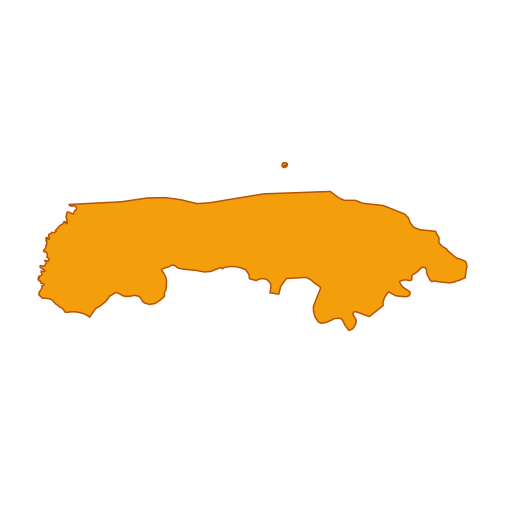 the district of Tartous, Tartus, Syria, rotated 103°
{"feature_id": "27442178B78381061793998", "entity_name": "Tartous", "entity_type": "district", "adm_level": 2, "iso_a3": "SYR", "parent_name": "Syria", "parent_adm1": "Tartus", "projection": "equal_earth", "projection_center": [36.016, 34.849], "detail": "fine", "context": "isolated", "style": "filled", "palette": "amber", "viewbox_px": 512, "rotation_deg": 103, "n_neighbors": 0, "source": "geoboundaries", "source_scale": "gbopen_adm2", "svg_char_len": 5973}
<svg xmlns="http://www.w3.org/2000/svg" viewBox="0 0 512 512"><g transform="rotate(103 256 256)"><path d="M353.0,404.4L343.8,400.7L342.8,399.9L340.2,397.0L334.6,392.5L330.9,390.7L327.6,389.4L326.5,387.8L322.9,384.3L323.7,380.1L324.8,376.3L324.5,373.1L323.4,369.3L321.7,365.7L321.6,360.8L323.4,358.4L325.8,356.3L326.9,354.0L327.1,348.9L325.1,343.8L322.9,341.6L320.5,339.4L316.3,336.3L315.2,336.2L312.0,337.0L309.6,336.2L306.5,336.3L300.3,337.6L296.8,339.2L293.7,341.9L290.8,344.9L289.7,344.4L287.3,340.6L285.9,338.0L284.5,337.2L283.5,334.3L283.7,332.5L284.6,331.0L285.4,328.4L284.8,320.6L283.5,311.3L283.2,302.9L281.1,296.2L279.0,293.4L275.3,288.1L276.0,285.8L274.1,284.1L272.0,278.5L270.9,273.2L270.9,268.2L271.7,263.0L275.7,258.7L279.6,257.3L279.9,250.5L277.0,246.3L276.3,242.1L276.4,240.4L278.6,236.5L281.8,234.6L288.8,234.1L288.0,225.2L286.0,225.2L280.2,225.1L275.9,223.4L271.1,221.3L265.7,202.8L265.8,200.7L267.2,196.5L269.2,193.0L271.5,187.0L272.6,185.8L288.8,188.3L293.0,188.6L297.3,187.4L302.1,184.7L306.3,180.4L306.8,177.2L305.5,173.8L302.5,169.2L299.5,165.9L298.2,162.1L297.9,159.1L298.7,157.7L303.7,153.4L307.6,148.8L306.4,147.0L304.9,145.2L302.3,144.3L299.9,143.5L297.9,143.7L296.3,143.8L295.4,144.4L292.3,147.2L290.7,148.6L289.2,148.5L288.4,147.9L287.8,146.1L289.5,131.9L275.7,121.0L272.2,121.9L267.4,121.4L263.2,119.8L261.1,118.7L263.3,111.0L262.6,104.3L261.8,100.3L260.3,97.9L258.3,97.5L256.8,97.6L255.6,99.6L254.3,103.4L252.6,107.0L249.8,109.7L248.7,110.3L247.8,109.5L246.7,107.7L245.5,104.5L245.4,102.6L245.6,101.4L244.8,99.4L243.6,99.0L242.3,99.3L241.0,99.6L239.4,99.5L236.3,96.3L232.9,93.8L230.5,92.4L229.7,91.5L229.3,89.9L229.5,88.1L231.5,86.7L235.5,85.2L237.7,83.2L240.0,81.4L241.5,78.9L240.3,77.0L240.1,73.0L238.7,61.4L237.9,59.6L237.1,57.2L235.3,55.1L234.0,52.5L230.1,47.3L225.0,47.8L223.0,48.1L219.0,48.0L215.7,49.4L214.1,50.8L213.4,54.2L212.9,59.4L212.2,61.8L207.5,70.8L206.4,71.6L204.8,76.4L202.1,80.7L197.0,81.8L194.4,84.4L191.6,86.5L193.5,102.3L192.5,108.9L189.2,113.0L184.6,116.1L181.7,120.5L178.2,143.3L180.6,164.1L179.4,171.7L181.9,182.4L180.7,188.5L176.4,198.2L193.7,262.4L214.9,314.0L218.2,325.2L218.1,341.9L219.5,357.6L223.9,374.9L233.5,399.5L247.8,449.6L248.1,449.6L248.5,449.3L248.8,448.8L249.0,447.9L248.9,447.2L248.5,445.7L248.0,444.8L248.1,443.5L248.5,442.5L249.1,442.1L249.4,441.8L250.0,441.5L250.7,441.4L251.2,441.6L251.6,442.0L252.1,442.5L252.8,442.9L253.6,443.0L254.4,443.0L256.0,443.6L256.2,444.1L256.2,445.0L256.0,445.9L255.5,447.1L255.4,447.8L255.4,449.2L255.5,449.5L256.0,449.9L256.7,450.0L257.4,450.0L258.5,449.8L259.4,449.8L260.0,449.9L261.4,449.6L262.5,449.0L262.9,448.6L263.6,448.2L264.7,448.2L265.2,448.1L265.6,448.0L266.1,447.9L266.2,447.5L266.8,447.4L267.0,447.6L267.2,447.9L267.1,448.3L266.7,448.7L266.6,449.2L266.1,449.5L265.6,449.6L265.6,450.1L265.8,450.8L266.5,451.0L267.3,451.0L267.8,451.2L268.3,451.6L268.8,452.0L269.5,453.1L270.3,453.7L271.3,454.4L271.8,454.7L272.7,455.3L273.5,455.5L274.6,456.2L275.0,456.5L276.3,457.1L276.5,456.8L276.8,456.3L277.5,456.9L278.3,457.3L278.5,457.7L278.6,458.8L279.0,459.7L279.3,460.1L279.3,460.3L279.1,460.5L279.6,460.7L280.2,460.8L280.5,461.1L280.9,461.6L281.0,462.2L281.2,462.5L281.7,462.7L282.1,462.7L283.3,462.5L284.1,461.7L285.8,461.2L286.2,461.5L286.2,462.0L285.4,463.1L285.1,463.3L285.0,463.7L285.0,464.2L285.4,464.5L286.0,464.7L286.4,464.6L286.8,464.1L287.1,463.5L287.7,463.3L288.0,463.6L288.1,464.0L288.7,463.8L288.9,463.5L289.5,463.1L291.4,462.5L292.0,462.4L292.4,462.7L292.6,463.1L293.0,463.1L293.5,462.9L294.1,462.5L294.5,462.5L295.0,462.7L295.5,462.8L297.2,463.5L297.7,463.9L298.1,464.1L298.6,464.2L299.1,464.0L299.2,463.6L299.6,463.1L299.4,462.7L299.2,462.2L299.3,461.7L299.6,461.4L299.8,461.0L300.2,460.3L300.4,460.1L301.2,460.1L301.6,459.8L302.0,459.3L302.8,459.4L303.3,459.6L304.0,459.5L304.3,459.1L304.9,458.1L304.9,457.6L305.1,457.2L305.7,457.0L306.3,456.8L306.7,456.8L307.3,457.0L307.7,457.2L307.8,457.8L307.6,458.0L307.7,458.6L307.8,459.3L307.7,460.0L307.7,460.5L307.8,460.7L308.1,460.9L308.4,460.8L308.4,460.6L308.5,459.7L308.9,458.9L310.0,458.8L310.5,459.1L311.0,459.4L311.6,459.3L312.3,459.3L312.9,459.7L313.1,460.2L313.5,460.5L313.9,461.2L314.0,461.6L313.7,462.7L313.7,463.3L313.7,463.6L314.1,464.1L314.4,464.1L315.2,463.8L315.7,463.7L315.7,463.0L316.4,461.5L317.1,459.2L317.4,458.5L317.9,458.3L318.7,458.5L318.7,459.1L318.8,459.8L319.0,460.5L318.9,461.5L318.9,461.8L319.2,461.8L319.5,461.8L319.9,461.6L320.5,461.6L321.2,460.7L322.3,460.3L322.9,460.8L323.3,461.1L323.7,461.6L324.4,462.7L324.7,463.0L325.2,463.2L325.6,463.2L325.7,462.5L325.9,462.2L326.3,462.1L326.8,462.2L327.2,463.1L327.8,463.1L328.9,461.9L329.0,461.5L328.7,460.8L329.0,460.4L330.0,460.0L330.9,459.2L330.9,458.7L330.7,458.3L330.6,457.7L330.8,456.9L331.1,456.4L332.1,456.3L332.4,456.6L332.9,457.4L333.4,458.0L333.8,457.9L334.8,457.3L335.4,457.4L336.4,457.8L337.2,457.9L338.2,458.2L339.1,458.8L339.9,459.1L340.7,459.1L341.7,458.9L342.5,458.9L342.7,458.7L343.3,457.8L343.9,456.8L344.1,456.3L344.7,455.4L345.2,454.9L345.0,454.3L344.3,450.1L344.2,448.3L344.2,446.4L344.9,444.4L347.7,440.6L348.4,438.7L350.0,435.2L350.7,432.7L351.9,431.2L353.5,429.7L353.5,427.7L352.3,424.6L351.1,420.0L350.8,415.5L350.8,414.4L351.1,409.9L352.3,405.8L353.0,404.4ZM160.3,245.9L159.5,246.1L159.1,246.2L159.0,246.4L158.9,246.6L158.8,247.0L158.6,247.4L158.5,247.6L158.5,247.8L158.5,248.1L158.5,248.4L158.6,248.6L158.8,249.0L158.8,249.6L158.9,250.0L159.0,250.1L159.1,250.4L159.2,250.5L159.6,250.7L159.9,250.9L160.0,251.0L161.6,251.0L163.0,250.6L163.0,249.8L163.2,249.3L163.3,249.0L163.4,248.8L163.4,248.6L163.2,248.7L162.8,249.0L162.2,249.2L161.9,249.1L161.7,249.0L161.6,248.8L161.5,248.5L161.5,248.3L161.5,248.0L161.7,247.8L161.8,247.7L161.4,247.7L161.1,247.6L160.7,247.4L160.4,247.2L160.3,246.9L160.1,246.7L160.2,246.3L160.3,246.2L160.6,246.3L161.5,246.7L162.1,247.0L162.4,247.3L162.8,248.1L162.9,247.7L162.8,247.2L162.6,247.0L161.7,246.4L160.3,245.9Z" fill="#f59e0b" stroke="#b45309" stroke-width="1.5"/></g></svg>